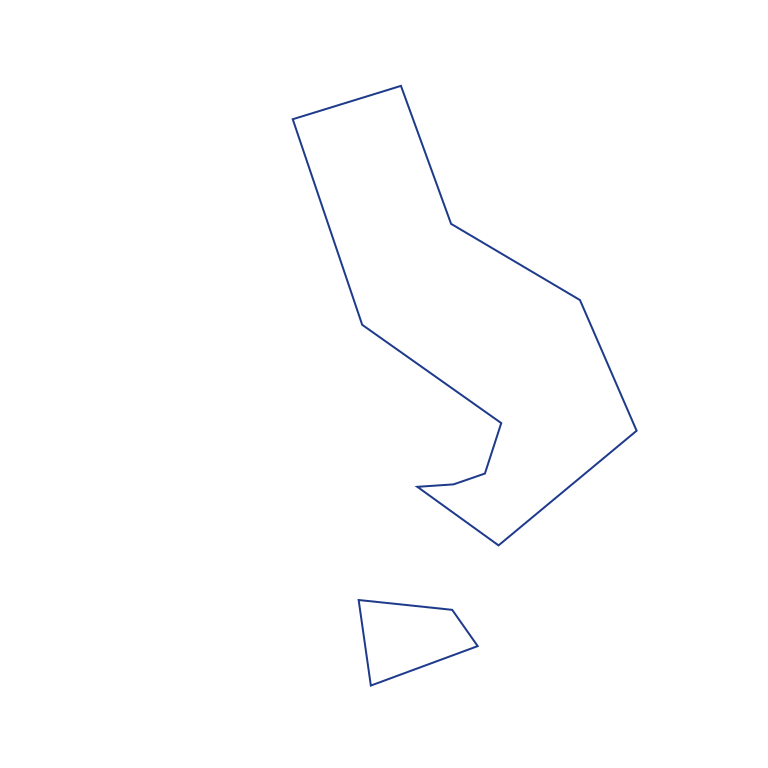 an SVG outline of Va'a-o-Fonoti, rotated 222°
{"feature_id": "WSM-4988", "entity_name": "Va'a-o-Fonoti", "entity_type": "state/province", "adm_level": 1, "iso_a3": "WSM", "parent_name": "Samoa", "parent_adm1": "", "projection": "robinson", "projection_center": [-171.557, -13.938], "detail": "fine", "context": "isolated", "style": "outline", "palette": "blue", "viewbox_px": 768, "rotation_deg": 222, "n_neighbors": 0, "source": "natural_earth", "source_scale": "10m", "svg_char_len": 371}
<svg xmlns="http://www.w3.org/2000/svg" viewBox="0 0 768 768"><g transform="rotate(222 384 384)"><path d="M290.4,329.9L265.2,355.9L249.1,385.0L270.7,433.4L439.8,413.4L629.0,519.7L570.9,616.9L441.3,547.9L294.5,577.5L165.0,518.3L190.9,340.7L290.4,329.9ZM192.0,151.1L258.3,206.5L182.2,261.8L139.0,251.9L192.0,151.1Z" fill="none" stroke="#1e3a8a" stroke-width="2"/></g></svg>